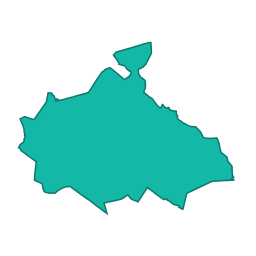 Gepiu, Bihor, Romania, rotated 273°
{"feature_id": "2599482B6975521372784", "entity_name": "Gepiu", "entity_type": "district", "adm_level": 2, "iso_a3": "ROU", "parent_name": "Romania", "parent_adm1": "Bihor", "projection": "albers", "projection_center": [21.796, 46.914], "detail": "fine", "context": "isolated", "style": "filled", "palette": "teal", "viewbox_px": 256, "rotation_deg": 273, "n_neighbors": 0, "source": "geoboundaries", "source_scale": "gbopen_adm2", "svg_char_len": 5324}
<svg xmlns="http://www.w3.org/2000/svg" viewBox="0 0 256 256"><g transform="rotate(273 128 128)"><path d="M122.9,216.8L122.4,215.0L122.1,214.0L122.1,213.8L122.1,213.4L122.0,212.2L122.0,211.0L121.9,209.6L121.9,208.0L121.9,207.0L122.0,204.9L122.6,203.6L124.4,202.7L125.7,202.0L126.3,201.7L127.0,201.1L127.9,200.4L128.6,200.0L129.4,199.1L130.5,197.9L131.0,197.4L131.7,196.7L132.7,195.7L132.7,192.8L132.8,191.2L133.0,189.7L133.3,188.7L133.5,188.1L133.8,187.4L134.3,186.6L134.7,185.6L135.1,184.9L135.5,184.0L136.2,182.6L137.0,181.2L137.5,180.8L138.3,179.2L139.2,177.8L140.9,176.6L142.5,177.1L144.6,175.5L147.3,175.3L147.3,174.6L147.7,171.2L148.1,169.1L148.6,169.0L148.8,168.4L150.6,167.8L150.6,166.8L150.2,166.3L150.2,166.2L149.8,165.2L150.6,163.8L151.7,162.6L152.4,162.2L152.8,162.0L152.9,161.8L153.0,161.4L153.2,161.1L150.1,159.9L150.1,158.7L150.7,157.6L151.6,156.5L153.4,154.9L155.4,153.2L157.9,151.2L159.0,150.2L159.4,149.2L160.2,147.7L161.6,145.8L163.2,143.6L164.2,142.3L164.8,142.1L165.3,142.0L165.9,142.0L166.9,142.5L168.4,143.2L170.2,143.2L172.6,143.1L175.2,142.8L176.2,142.5L176.9,141.9L177.7,140.9L179.3,138.2L179.9,137.5L180.8,137.0L182.5,135.9L184.0,135.5L185.3,135.4L186.7,135.3L187.2,135.5L189.4,139.5L192.5,142.4L195.1,143.6L200.7,146.1L204.1,147.5L211.9,146.7L214.5,146.4L214.3,143.8L213.7,142.8L213.2,140.7L211.1,134.8L208.4,127.4L207.7,125.4L204.7,116.5L203.2,112.3L200.1,109.6L194.2,114.3L191.6,115.9L191.2,115.7L190.1,120.6L189.9,121.4L189.5,121.9L188.8,122.4L188.2,123.0L187.4,123.3L186.8,123.8L186.5,124.3L185.7,125.3L185.4,125.8L184.9,126.4L184.6,127.5L184.3,127.9L183.7,128.1L182.8,128.1L182.0,127.9L179.3,126.4L179.3,126.1L176.2,122.0L176.6,121.4L178.0,119.4L179.1,118.1L180.9,115.7L181.5,114.8L184.4,110.9L185.4,109.6L185.6,109.4L186.3,108.3L187.0,107.2L187.3,106.7L187.3,106.3L186.7,105.2L185.8,103.2L185.2,102.3L184.4,101.4L183.2,100.3L183.0,100.0L182.7,99.4L182.6,99.1L181.7,98.7L180.8,98.0L176.8,95.6L175.9,95.0L175.6,94.8L171.7,92.6L171.1,92.2L170.1,91.6L169.6,91.3L168.5,90.8L166.8,89.8L162.3,87.2L161.7,86.8L161.3,86.4L160.4,84.0L159.7,81.8L159.6,81.7L159.0,79.8L159.0,79.7L157.6,75.4L156.5,72.4L156.3,72.3L156.1,71.6L155.8,70.2L155.2,68.5L154.8,67.0L154.6,66.2L154.3,65.4L154.2,65.2L153.7,64.0L152.7,60.7L152.5,60.1L152.0,58.5L151.9,58.1L152.4,57.4L153.4,55.6L151.4,55.7L151.4,55.4L151.4,55.1L151.4,54.3L155.5,52.9L156.8,52.0L157.0,50.8L158.8,50.1L159.0,46.4L154.9,45.8L149.3,44.9L149.0,44.7L144.8,42.1L144.5,41.9L143.4,41.2L142.5,40.6L140.5,39.4L139.3,38.6L138.1,37.9L137.7,37.6L134.4,35.6L131.4,33.7L132.6,28.8L132.9,27.6L133.9,24.5L133.9,24.3L133.8,24.1L132.9,22.4L131.4,19.7L131.2,19.8L130.4,20.2L129.6,20.6L128.6,21.2L126.1,22.4L124.6,23.1L122.5,23.9L121.5,24.2L120.5,24.4L119.8,24.4L119.2,24.5L118.5,24.6L117.8,24.7L117.1,24.9L116.4,25.1L115.7,25.2L115.2,25.1L115.1,25.8L113.3,25.5L111.4,24.8L109.7,24.8L109.0,24.6L108.5,24.4L107.9,23.8L107.2,22.9L106.6,22.0L106.1,21.5L105.9,21.3L105.5,21.1L104.3,20.5L104.0,20.4L103.4,20.1L103.1,20.0L102.8,19.9L102.6,19.8L101.6,21.7L101.4,21.9L100.9,22.1L100.2,22.1L99.9,22.3L98.7,24.2L98.4,24.6L98.0,25.2L97.6,25.9L97.5,26.1L97.2,26.4L96.1,28.0L94.7,30.2L94.2,31.0L93.5,32.1L92.9,32.9L92.5,33.5L92.4,33.7L91.9,34.5L91.7,34.8L90.5,36.7L90.2,37.1L89.5,38.2L88.7,38.1L79.9,37.5L75.2,37.3L70.9,37.3L69.8,40.4L68.0,44.9L67.7,45.1L67.0,45.4L66.3,45.6L64.6,45.9L64.2,46.0L63.6,46.1L62.9,46.3L62.1,46.7L61.4,47.1L60.8,47.4L60.4,47.7L60.1,48.0L59.8,48.3L59.6,48.6L59.5,49.0L59.3,50.3L58.8,53.0L59.1,57.1L59.1,58.1L59.1,58.6L59.3,58.7L59.3,58.8L60.6,60.0L62.0,61.6L62.6,62.5L63.4,63.6L64.4,65.3L65.1,66.8L65.7,68.2L66.2,69.1L66.3,69.3L66.3,69.6L66.2,70.0L66.2,70.3L66.2,70.8L66.2,71.3L66.3,71.7L66.5,72.4L66.6,72.6L66.8,72.9L64.7,76.0L64.4,76.6L63.2,78.3L63.1,78.6L62.3,79.7L62.2,79.9L61.8,80.5L61.7,80.6L60.1,83.1L58.5,85.6L57.2,87.7L55.2,90.8L54.0,92.9L53.4,93.9L53.2,94.2L51.8,96.2L51.1,97.3L49.4,99.5L41.5,111.5L51.9,108.0L55.0,119.6L56.8,125.5L58.1,127.3L61.2,131.4L60.7,131.8L58.6,133.6L57.6,134.5L57.1,135.2L56.6,136.3L56.1,138.0L55.3,140.7L54.8,141.9L56.4,142.8L58.3,143.9L62.0,146.0L65.6,148.2L66.5,148.7L67.2,149.1L68.7,150.1L69.4,150.5L69.6,150.5L69.2,151.2L68.1,152.7L66.4,155.3L64.9,157.4L63.0,160.2L61.6,162.4L59.9,164.9L58.5,167.3L58.6,167.8L58.5,168.1L58.7,168.8L59.1,169.3L59.1,169.5L58.7,170.7L58.7,170.8L58.3,170.7L58.0,171.0L57.6,172.1L57.0,173.5L54.3,177.1L53.4,180.7L53.0,182.1L52.7,183.2L51.7,182.9L50.4,185.2L49.7,186.6L50.1,187.2L57.9,188.6L64.1,189.8L65.7,190.0L66.1,190.6L75.1,207.3L76.2,209.3L76.5,209.8L76.7,210.2L77.9,212.4L78.9,214.3L79.0,214.6L79.1,215.1L79.2,215.7L79.6,218.2L79.9,221.5L80.2,223.4L80.6,227.5L81.0,231.2L81.5,236.3L81.7,236.2L82.0,236.1L82.1,235.5L82.2,234.9L82.6,234.5L82.7,234.2L83.2,234.5L83.5,234.6L83.8,234.9L84.0,236.1L84.5,235.8L86.4,234.9L87.1,234.6L90.0,234.3L91.2,234.2L92.6,234.1L93.7,234.0L94.6,234.0L94.9,233.9L95.2,233.8L95.6,233.5L96.8,232.5L97.7,231.7L98.4,231.1L98.8,230.7L99.6,229.9L100.0,229.5L100.5,229.3L101.0,229.2L102.0,229.0L102.8,228.8L103.6,228.5L104.1,228.3L104.9,227.3L107.3,223.9L107.8,223.1L108.1,222.5L108.5,222.2L109.4,221.9L110.0,221.7L112.0,221.1L113.5,220.6L114.1,220.4L114.5,220.3L115.0,220.3L115.5,220.3L115.9,220.2L116.5,220.0L117.4,219.7L118.6,219.2L119.7,218.8L121.2,218.1L121.4,218.1L122.6,217.1L122.9,216.8Z" fill="#14b8a6" stroke="#0f766e" stroke-width="1.5"/></g></svg>